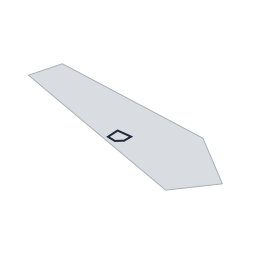 George Hill on a map of Anguilla (Robinson projection), rotated 60°
{"feature_id": "AIA-5116", "entity_name": "George Hill", "entity_type": "District", "adm_level": 1, "iso_a3": "AIA", "parent_name": "Anguilla", "parent_adm1": "", "projection": "robinson", "projection_center": [-63.068, 18.211], "detail": "fine", "context": "in_parent", "style": "outline", "palette": "slate", "viewbox_px": 256, "rotation_deg": 60, "n_neighbors": 0, "source": "natural_earth", "source_scale": "10m", "svg_char_len": 367}
<svg xmlns="http://www.w3.org/2000/svg" viewBox="0 0 256 256"><g transform="rotate(60 128 128)"><path d="M200.6,126.5L32.5,187.8L39.6,152.7L174.4,68.2L223.5,74.2L200.6,126.5Z" fill="#d9dde1" stroke="#a8b0b8" stroke-width="1"/><path d="M125.0,138.3L137.0,129.7L137.0,137.8L132.6,145.9L125.6,149.7L125.0,138.3Z" fill="none" stroke="#1e293b" stroke-width="2"/></g></svg>